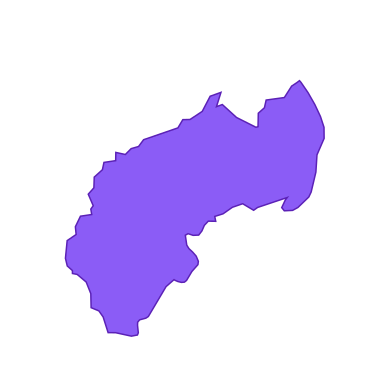 an SVG outline of Newry and Mourne, rotated 321°
{"feature_id": "GBR-2086", "entity_name": "Newry and Mourne", "entity_type": "District", "adm_level": 1, "iso_a3": "GBR", "parent_name": "United Kingdom", "parent_adm1": "", "projection": "albers", "projection_center": [-6.311, 54.156], "detail": "fine", "context": "isolated", "style": "filled", "palette": "violet", "viewbox_px": 384, "rotation_deg": 321, "n_neighbors": 0, "source": "natural_earth", "source_scale": "10m", "svg_char_len": 1368}
<svg xmlns="http://www.w3.org/2000/svg" viewBox="0 0 384 384"><g transform="rotate(321 192 192)"><path d="M59.6,268.8L54.2,265.9L44.1,253.3L38.3,248.5L44.3,233.2L44.8,225.8L40.8,218.4L49.4,207.3L53.1,195.4L50.9,183.8L47.8,180.1L49.6,177.8L48.5,171.0L51.9,163.9L64.4,151.2L75.2,152.1L79.5,145.6L90.1,140.6L99.9,146.4L102.6,141.6L106.6,140.5L110.0,128.4L118.4,127.0L125.4,118.9L136.4,118.3L142.2,113.6L152.4,119.6L157.7,113.3L163.8,120.9L172.0,120.0L179.1,123.0L187.3,120.9L221.4,133.3L230.4,130.0L236.1,134.4L250.7,135.8L266.4,129.0L277.2,132.8L264.7,141.1L270.6,143.1L273.5,162.1L282.4,181.9L284.4,182.8L293.1,172.5L301.3,172.1L307.5,167.2L323.2,176.7L336.1,172.4L342.3,173.0L345.6,173.1L345.7,175.4L344.7,187.9L342.5,201.4L339.3,214.3L335.3,224.8L328.4,233.5L312.5,241.8L300.8,254.5L284.6,267.0L279.6,269.4L264.6,270.7L258.6,269.6L251.9,264.7L251.9,260.6L259.5,256.9L262.5,256.2L233.3,245.3L228.4,245.0L224.0,233.0L213.8,229.3L202.4,228.5L194.3,225.3L192.0,229.7L186.3,224.9L180.6,225.7L175.2,228.5L170.1,229.7L165.6,226.4L162.7,221.9L159.6,221.4L154.5,230.0L154.0,234.1L154.7,239.1L154.9,244.5L153.3,249.9L150.9,252.2L141.9,253.7L132.1,257.3L129.4,257.3L126.9,255.6L124.7,252.7L123.2,249.9L122.9,248.8L112.3,249.2L79.7,261.3L76.7,261.0L70.9,258.4L67.8,259.0L65.8,261.3L63.9,264.2L61.7,267.6L59.6,268.8Z" fill="#8b5cf6" stroke="#5b21b6" stroke-width="1.5"/></g></svg>